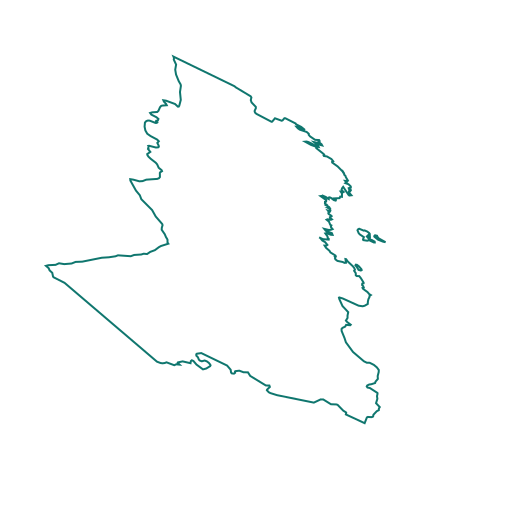 map outline of Karelia (Equal Earth projection), rotated 28°
{"feature_id": "RUS-2353", "entity_name": "Karelia", "entity_type": "Republic", "adm_level": 1, "iso_a3": "RUS", "parent_name": "Russia", "parent_adm1": "", "projection": "equal_earth", "projection_center": [34.102, 63.665], "detail": "fine", "context": "isolated", "style": "outline", "palette": "teal", "viewbox_px": 512, "rotation_deg": 28, "n_neighbors": 0, "source": "natural_earth", "source_scale": "10m", "svg_char_len": 6141}
<svg xmlns="http://www.w3.org/2000/svg" viewBox="0 0 512 512"><g transform="rotate(28 256 256)"><path d="M97.2,129.4L95.6,124.5L91.2,121.2L90.6,119.6L89.5,118.7L157.3,116.2L159.1,116.6L176.3,117.5L177.5,118.2L178.2,120.8L180.0,122.5L185.8,124.4L186.5,125.6L186.6,128.2L187.0,129.1L188.0,129.9L189.7,130.3L206.7,130.2L207.2,129.8L208.1,125.5L215.2,124.5L215.8,123.7L216.4,121.0L217.3,120.6L228.8,120.4L229.5,120.9L235.3,120.8L240.0,121.7L238.1,122.0L236.3,121.7L232.2,122.4L231.1,122.9L233.0,123.6L235.3,123.9L242.5,122.7L245.2,123.3L245.6,124.2L247.5,125.0L253.6,125.7L257.3,124.0L258.1,124.5L258.5,125.2L256.6,125.8L261.3,126.5L262.5,127.3L260.5,127.8L255.8,127.6L253.8,128.2L258.9,129.4L260.1,130.3L258.3,130.8L252.2,130.6L248.7,130.8L246.9,131.2L245.7,132.0L252.4,132.1L257.1,131.4L258.7,132.1L257.9,132.3L267.9,134.2L268.6,134.5L268.4,135.4L269.0,135.8L271.9,134.8L277.1,135.0L279.7,136.1L279.0,137.2L279.4,137.7L286.1,138.6L292.8,140.7L294.4,141.8L294.1,141.2L295.0,141.7L295.7,142.8L297.3,143.2L298.3,144.2L301.8,146.3L301.6,146.8L299.4,147.8L301.6,148.7L301.0,148.9L300.7,149.7L304.0,149.2L307.0,150.1L307.6,151.1L306.0,152.6L306.5,153.2L308.7,153.2L308.9,153.4L308.7,154.7L307.7,155.1L307.8,155.6L308.7,156.4L311.7,157.6L310.0,158.8L309.0,158.6L300.5,154.0L300.2,155.8L300.5,157.6L303.3,158.3L303.0,158.8L300.8,159.5L302.6,160.5L304.1,163.4L302.5,164.0L302.6,165.7L298.4,168.2L299.8,168.6L300.3,169.0L300.3,169.7L298.5,170.1L295.0,169.5L293.5,169.6L292.7,170.3L293.5,171.6L291.8,171.7L290.1,171.1L287.7,171.3L288.8,172.2L287.8,172.5L285.7,172.2L284.9,172.8L291.6,173.7L292.2,174.4L292.3,175.2L291.5,175.8L292.3,177.4L294.2,177.5L294.5,177.6L294.0,178.3L297.7,178.5L298.7,179.1L297.3,179.8L299.0,179.9L300.4,181.0L300.4,181.8L298.2,182.2L300.1,183.1L299.7,184.2L300.4,184.8L303.8,185.1L304.1,185.4L303.0,187.0L303.3,187.5L305.8,188.0L305.1,188.9L301.9,190.0L301.3,190.8L304.3,191.4L306.9,193.6L308.2,193.6L308.3,194.9L308.9,195.5L311.0,196.3L309.8,197.7L308.2,198.8L303.5,200.0L305.8,201.0L312.3,200.2L313.7,201.4L312.2,202.1L307.5,202.7L306.6,203.5L309.9,205.1L310.8,206.3L312.3,206.8L312.5,207.4L307.2,209.7L303.0,209.9L304.2,209.9L307.3,211.2L310.5,211.3L313.8,212.7L313.3,213.7L311.7,214.6L314.0,215.9L318.4,216.9L320.0,217.9L325.9,218.3L326.5,218.7L325.9,219.6L326.9,220.2L326.8,220.9L327.7,221.7L330.2,222.1L335.3,220.6L337.4,220.5L338.6,219.7L336.4,216.7L337.1,216.5L339.4,217.7L346.4,219.6L348.4,220.5L349.8,221.7L349.6,223.0L352.1,224.3L353.2,226.2L354.4,226.4L356.6,225.3L359.1,226.4L363.5,229.0L363.8,229.6L362.8,230.5L363.3,231.8L364.8,232.3L365.9,233.2L365.1,234.2L366.2,234.8L371.4,235.5L373.9,236.5L375.7,236.6L375.0,238.0L375.5,239.2L375.5,241.2L376.1,243.5L377.2,245.9L375.3,248.9L373.8,250.3L369.9,251.7L352.4,252.8L349.0,253.5L348.8,253.8L349.9,255.0L355.9,259.6L363.8,262.3L364.8,265.7L365.9,267.7L365.7,270.8L367.5,271.5L371.9,272.2L371.7,272.9L367.9,274.5L367.9,276.4L366.1,278.9L365.8,280.3L366.8,282.0L372.8,287.0L375.9,290.0L386.7,295.2L400.7,298.3L404.0,298.2L406.5,296.9L411.2,296.8L415.0,297.6L417.9,299.0L418.8,300.8L419.8,304.9L421.3,307.3L420.5,310.8L420.8,312.2L418.0,315.1L416.3,316.3L415.0,318.1L415.0,319.2L416.2,319.8L418.5,319.1L427.5,319.9L428.0,320.6L428.6,322.9L430.2,325.1L431.1,329.6L436.2,331.3L436.1,332.9L436.8,334.5L435.5,336.3L434.2,341.0L434.7,342.5L434.6,343.1L433.6,344.1L430.3,345.6L429.7,346.5L430.4,352.6L409.7,353.7L409.3,352.1L408.8,351.8L405.7,351.6L397.9,349.1L396.5,349.4L391.8,351.7L382.7,351.1L380.4,352.3L375.9,358.3L339.9,369.0L333.0,370.3L331.2,370.3L328.6,369.4L328.5,368.8L329.7,365.1L328.6,364.1L325.5,365.7L307.2,364.6L303.5,362.5L299.6,364.5L295.1,365.1L291.8,367.4L291.7,367.9L292.4,368.9L291.8,370.2L289.8,371.0L288.7,370.6L287.0,368.3L281.9,366.3L253.3,367.4L249.7,370.0L249.4,370.8L250.1,372.0L252.3,372.7L254.2,374.3L255.4,374.7L257.6,374.4L259.7,372.4L262.0,372.1L264.5,372.5L266.6,373.4L267.2,373.9L267.2,374.8L264.9,378.7L262.4,381.0L254.4,379.8L250.1,378.1L248.3,378.2L247.8,379.4L248.5,381.4L240.7,383.5L237.0,386.6L237.0,387.1L239.5,387.8L236.4,389.1L235.1,390.8L226.9,391.9L225.7,393.3L223.9,394.6L222.0,395.3L218.2,395.8L99.7,369.6L87.4,369.8L86.5,369.5L84.0,366.5L80.5,365.6L78.7,364.1L75.2,363.3L77.0,361.6L83.2,357.9L85.5,354.9L90.5,353.2L96.7,349.2L99.5,345.9L105.2,342.6L120.7,329.9L126.7,326.2L132.1,322.2L133.8,320.2L145.5,315.0L147.9,312.3L153.9,308.6L155.8,306.7L158.9,305.4L160.7,302.0L164.0,298.3L166.1,293.8L167.4,291.8L172.8,286.3L171.5,285.6L170.3,283.3L169.3,282.5L167.8,281.7L165.2,279.6L160.4,277.1L159.6,275.4L159.0,272.6L158.2,271.8L148.9,268.2L142.7,264.2L128.1,259.7L124.9,256.9L119.3,254.6L109.7,248.4L108.9,247.2L111.8,246.2L118.0,244.8L120.7,243.1L123.3,240.1L132.6,234.3L133.8,232.9L134.1,231.4L132.1,227.8L132.1,227.1L133.2,225.2L132.3,224.5L128.7,223.8L125.7,221.5L123.7,220.7L117.4,219.6L114.5,218.8L112.9,218.0L112.1,217.1L113.8,213.7L110.6,212.3L110.7,211.8L110.2,211.6L109.8,209.6L109.3,209.3L109.8,208.9L116.7,207.2L118.6,206.0L118.9,205.1L118.2,204.2L115.8,202.5L116.3,200.3L114.0,199.6L106.6,199.6L102.6,199.1L99.4,197.1L96.9,194.1L95.3,190.3L95.8,188.4L97.0,187.1L98.6,186.4L104.8,185.7L105.8,185.1L106.1,184.5L104.4,183.9L104.4,183.4L105.7,182.5L105.5,180.8L102.9,180.2L97.2,180.3L95.4,179.4L96.9,177.9L101.2,175.2L101.7,173.6L101.4,169.7L101.8,168.0L102.6,167.2L106.4,164.8L105.1,163.9L102.2,162.9L101.1,162.0L103.6,161.1L113.2,159.8L116.9,160.8L117.6,160.4L117.7,159.4L116.3,153.5L111.9,146.9L109.8,141.0L108.9,139.9L105.7,137.9L100.2,133.3L97.2,129.4ZM347.8,187.9L348.1,189.3L347.0,190.3L343.3,191.6L342.7,191.1L342.4,188.7L337.5,188.2L335.9,187.6L333.5,185.6L333.6,184.5L334.3,183.5L339.3,183.0L339.9,182.4L342.7,182.2L344.8,182.5L346.0,183.0L348.1,186.5L347.7,187.0L347.2,186.9L345.3,184.8L344.7,186.7L347.8,187.9ZM355.8,182.8L363.9,183.0L361.5,183.7L356.1,184.3L351.5,183.4L351.1,183.0L351.4,181.8L353.0,181.4L353.0,181.7L353.7,181.7L355.8,182.8ZM351.7,216.8L355.3,218.2L355.9,218.8L355.4,219.6L353.1,220.1L349.9,218.2L348.2,217.6L348.2,216.8L349.3,216.4L351.7,216.8ZM354.0,187.6L354.5,188.3L353.7,188.7L349.7,188.9L349.1,188.1L350.6,187.5L354.0,187.6Z" fill="none" stroke="#0f766e" stroke-width="2"/></g></svg>